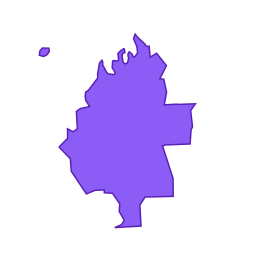 the district of Lincoln, Maine, United States of America, rotated 166°
{"feature_id": "52423323B80760419757691", "entity_name": "Lincoln", "entity_type": "district", "adm_level": 2, "iso_a3": "USA", "parent_name": "United States of America", "parent_adm1": "Maine", "projection": "robinson", "projection_center": [-69.539, 44.048], "detail": "fine", "context": "isolated", "style": "filled", "palette": "violet", "viewbox_px": 256, "rotation_deg": 166, "n_neighbors": 0, "source": "geoboundaries", "source_scale": "gbopen_adm2", "svg_char_len": 1374}
<svg xmlns="http://www.w3.org/2000/svg" viewBox="0 0 256 256"><g transform="rotate(166 128 128)"><path d="M139.1,29.7L135.1,50.4L133.3,52.1L128.1,56.9L100.6,50.7L100.3,52.3L96.5,68.1L98.8,102.1L96.3,102.6L71.6,97.5L67.3,110.8L65.1,113.6L63.0,129.7L56.8,135.2L72.6,138.5L74.8,139.3L87.2,141.7L81.9,153.4L81.5,166.7L85.2,168.1L75.6,179.2L82.2,193.6L89.3,191.4L87.7,202.2L87.9,202.1L89.2,202.4L91.0,203.6L91.1,205.1L96.6,213.5L98.4,217.4L101.0,213.4L100.4,209.2L99.7,204.8L100.6,198.4L104.6,195.2L106.0,196.0L105.9,198.2L108.4,201.6L110.0,200.0L110.5,198.0L110.5,195.5L112.8,191.2L115.4,190.9L116.9,193.4L116.1,200.2L114.4,202.0L112.8,201.9L112.4,205.5L112.9,206.0L117.1,204.4L119.8,202.7L120.6,196.5L121.3,195.8L122.5,195.7L125.3,196.9L126.7,196.7L128.8,190.1L127.3,186.3L127.2,184.5L127.6,183.8L129.1,183.3L134.2,185.3L135.4,187.7L137.3,195.6L136.5,198.1L136.9,200.1L140.0,197.9L144.5,187.5L145.3,183.8L157.5,174.0L160.4,173.1L161.8,169.5L162.3,165.2L160.1,158.1L169.5,158.4L174.1,156.6L177.3,139.6L182.1,137.6L186.9,141.9L189.0,132.7L199.2,126.4L199.2,125.6L191.4,112.1L193.5,99.7L188.7,86.3L184.3,74.1L175.1,75.5L166.0,73.7L166.7,70.9L158.8,68.4L154.4,56.5L156.7,49.1L153.9,39.3L157.7,35.8L165.0,34.6L139.1,29.7ZM185.9,221.2L185.5,224.6L191.9,226.3L195.1,223.8L196.4,220.0L192.6,217.8L189.0,218.6L185.9,221.2Z" fill="#8b5cf6" stroke="#5b21b6" stroke-width="1.5"/></g></svg>